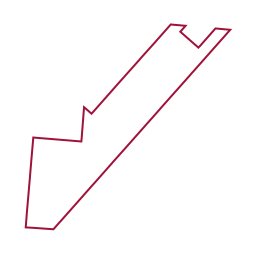 the district of 9 de Julio, Chaco, Argentina, rotated 274°
{"feature_id": "61730980B13427760820692", "entity_name": "9 de Julio", "entity_type": "district", "adm_level": 2, "iso_a3": "ARG", "parent_name": "Argentina", "parent_adm1": "Chaco", "projection": "orthographic", "projection_center": [-61.238, -27.011], "detail": "fine", "context": "isolated", "style": "outline", "palette": "rose", "viewbox_px": 256, "rotation_deg": 274, "n_neighbors": 0, "source": "geoboundaries", "source_scale": "gbopen_adm2", "svg_char_len": 1018}
<svg xmlns="http://www.w3.org/2000/svg" viewBox="0 0 256 256"><g transform="rotate(274 128 128)"><path d="M21.8,60.7L28.0,65.4L29.0,66.2L30.4,67.3L31.9,68.5L33.6,69.8L37.4,72.7L52.9,84.6L68.3,96.4L72.0,99.3L75.9,102.3L91.3,114.1L91.8,114.5L93.2,115.5L110.5,128.9L127.7,142.1L129.5,143.5L131.5,145.0L132.8,146.0L148.6,158.2L149.9,159.1L166.0,171.5L167.8,172.9L168.8,173.7L184.9,186.1L186.8,187.5L188.7,189.0L205.1,201.6L213.2,207.8L230.6,221.2L233.1,223.1L233.4,208.3L215.0,194.2L213.1,192.6L215.6,189.4L216.0,188.8L226.2,175.4L227.7,173.5L234.0,178.3L234.0,176.1L234.1,171.7L234.2,164.8L234.3,163.5L217.8,150.8L215.9,149.4L198.0,135.4L197.2,134.9L196.9,134.7L195.4,133.5L170.2,114.0L168.2,112.5L167.3,111.8L141.6,92.1L139.7,90.6L144.4,84.5L144.7,84.1L145.7,82.7L128.8,82.6L118.4,82.5L115.4,82.5L111.3,82.4L111.6,57.8L111.8,40.8L111.9,34.2L99.7,34.0L87.9,33.8L71.2,33.6L59.3,33.4L35.0,33.0L31.7,33.0L21.9,32.9L21.7,32.9L21.8,39.1L21.8,50.4L21.8,56.0L21.8,60.7Z" fill="none" stroke="#9f1239" stroke-width="2"/></g></svg>